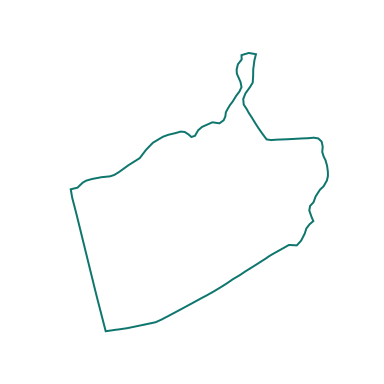 the district of São Gonçalo do Amarante, Rio Grande do Norte, Brazil, rotated 334°
{"feature_id": "56859067B3289637824889", "entity_name": "São Gonçalo do Amarante", "entity_type": "district", "adm_level": 2, "iso_a3": "BRA", "parent_name": "Brazil", "parent_adm1": "Rio Grande do Norte", "projection": "robinson", "projection_center": [-35.331, -5.773], "detail": "fine", "context": "isolated", "style": "outline", "palette": "teal", "viewbox_px": 384, "rotation_deg": 334, "n_neighbors": 0, "source": "geoboundaries", "source_scale": "gbopen_adm2", "svg_char_len": 1550}
<svg xmlns="http://www.w3.org/2000/svg" viewBox="0 0 384 384"><g transform="rotate(334 192 192)"><path d="M84.2,136.4L81.8,144.7L80.5,151.1L79.7,155.1L78.4,161.5L62.0,237.4L60.3,245.5L53.4,279.3L57.4,280.6L62.2,282.1L66.2,283.5L74.1,286.0L102.2,293.1L108.7,293.3L132.2,292.5L155.0,291.5L159.4,291.4L168.1,290.9L174.8,290.3L183.3,289.4L190.5,288.3L199.3,287.6L205.5,286.7L213.5,285.9L225.0,284.6L228.8,284.2L232.4,283.6L236.4,283.2L255.9,282.1L262.8,285.9L268.7,283.6L275.1,278.8L278.8,274.9L283.4,272.6L288.3,271.3L288.5,266.9L289.3,260.1L292.0,256.3L296.7,254.5L301.3,250.1L308.1,246.0L312.7,244.6L318.3,240.8L321.2,237.2L323.1,233.1L324.9,227.6L325.9,222.1L325.9,217.7L326.6,213.1L329.3,208.7L330.6,203.6L329.0,199.2L325.3,196.6L319.8,194.5L314.4,192.1L305.3,188.3L298.8,185.5L290.9,182.0L285.8,180.0L282.1,177.4L280.6,169.4L279.7,163.5L279.0,157.5L278.4,151.1L277.7,145.6L277.5,141.4L276.8,136.1L278.8,130.9L283.1,126.9L290.3,123.0L294.5,120.3L297.5,115.1L300.8,108.6L305.9,100.9L309.9,96.2L303.9,91.9L296.5,90.7L294.7,94.7L289.3,97.3L285.8,101.5L284.2,105.3L283.8,114.5L282.5,119.4L278.8,122.4L273.9,124.9L268.1,128.6L264.4,130.4L260.7,132.8L257.4,135.2L255.0,138.8L251.9,141.4L246.8,142.3L240.9,138.3L229.6,137.9L224.6,139.2L219.3,142.8L215.6,142.3L214.0,138.5L211.7,134.8L208.4,132.8L202.0,131.6L195.8,130.2L190.1,129.6L178.4,130.6L169.3,133.9L164.1,136.5L160.0,138.6L146.4,140.1L134.9,142.1L129.5,142.6L125.2,142.0L117.1,139.0L107.9,136.5L101.8,135.4L97.8,135.7L91.0,137.9L84.2,136.4Z" fill="none" stroke="#0f766e" stroke-width="2"/></g></svg>